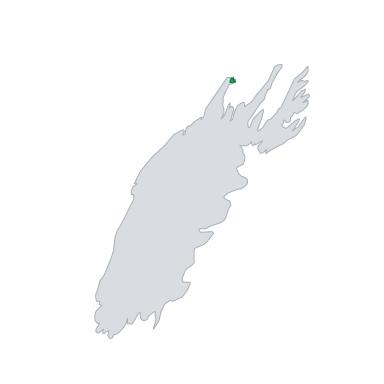 Sandgerðisbær, Suðurnes, Iceland (highlighted), rotated 126°
{"feature_id": "244011B94929237668673", "entity_name": "Sandgerðisbær", "entity_type": "district", "adm_level": 2, "iso_a3": "ISL", "parent_name": "Iceland", "parent_adm1": "Suðurnes", "projection": "equal_earth", "projection_center": [-22.71, 64.01], "detail": "fine", "context": "in_parent", "style": "filled", "palette": "green", "viewbox_px": 384, "rotation_deg": 126, "n_neighbors": 0, "source": "geoboundaries", "source_scale": "gbopen_adm2", "svg_char_len": 4686}
<svg xmlns="http://www.w3.org/2000/svg" viewBox="0 0 384 384"><g transform="rotate(126 192 192)"><path d="M297.3,147.8L300.9,148.0L306.5,146.8L314.6,143.5L318.1,142.7L326.0,142.7L316.6,146.0L313.2,149.5L310.7,151.3L310.8,152.1L317.8,154.2L321.0,153.5L322.5,153.8L323.8,154.8L324.9,156.9L324.5,159.0L322.7,161.1L320.1,162.9L320.5,163.5L322.7,163.8L333.9,162.7L335.4,165.3L336.5,166.2L336.2,167.1L332.0,169.9L337.1,168.1L341.3,167.6L348.5,168.5L351.5,169.5L353.4,171.3L356.9,170.8L358.6,171.8L358.8,172.9L357.4,175.9L353.3,177.4L356.0,179.6L358.2,179.7L358.6,180.2L358.5,181.5L355.3,183.0L360.9,184.7L361.6,185.3L361.5,187.3L360.6,188.4L359.1,189.1L355.2,189.2L352.8,189.9L353.7,191.1L353.2,194.4L350.4,197.2L347.6,198.6L344.9,199.6L337.0,198.5L337.5,200.9L334.8,202.3L335.4,203.5L336.4,204.2L336.0,205.7L332.7,209.0L330.3,210.0L325.3,211.3L318.2,214.3L310.9,214.2L293.0,218.5L286.0,220.8L273.6,227.7L268.3,229.5L259.1,230.4L231.5,235.0L228.5,237.7L228.4,238.3L229.7,239.4L227.7,241.3L223.5,242.7L221.5,242.7L218.0,241.5L217.6,242.1L219.0,243.6L205.5,246.0L186.6,244.7L169.7,241.3L156.5,240.6L147.0,235.9L146.7,235.1L147.7,233.7L151.1,233.1L149.4,231.7L143.8,234.2L142.0,234.1L139.6,233.1L139.5,232.1L134.8,231.7L126.6,228.7L126.0,228.0L127.9,227.1L127.6,226.9L123.1,227.0L116.8,229.8L78.9,230.9L77.6,229.4L76.0,224.0L77.3,221.8L78.9,222.0L83.3,225.0L93.5,223.3L97.6,222.2L101.4,219.3L103.6,218.3L106.6,214.6L109.7,212.4L116.1,211.3L110.4,210.7L100.8,213.6L97.6,213.6L99.1,212.3L102.4,210.9L100.1,210.8L99.3,210.1L99.2,208.8L100.8,206.6L112.0,202.7L109.4,201.9L101.6,204.9L95.9,205.9L91.3,204.6L89.1,202.7L89.2,201.9L91.9,199.6L91.5,199.1L89.6,198.9L84.6,196.8L76.7,197.0L57.2,195.7L42.4,198.7L38.9,197.3L36.0,194.4L36.6,193.2L39.2,192.6L46.4,192.7L57.0,191.3L61.8,189.6L63.7,190.0L64.6,190.8L71.1,189.5L74.6,188.0L80.5,188.8L102.5,188.0L105.3,186.0L106.5,183.7L105.9,183.2L97.9,185.3L96.0,185.3L86.7,184.1L83.3,182.9L84.4,181.8L89.3,179.6L101.9,175.9L103.7,175.1L103.9,174.3L98.9,172.7L89.4,173.1L87.0,171.3L79.1,170.1L73.9,170.8L71.1,169.7L40.2,175.6L30.1,172.9L23.0,172.4L22.4,171.6L26.6,169.0L29.4,168.5L32.3,168.8L37.8,170.6L41.5,171.1L36.8,168.5L36.6,166.0L35.2,165.3L33.7,163.6L34.3,163.1L40.0,163.4L49.0,166.3L53.5,165.8L59.3,164.0L46.3,162.9L42.4,160.6L45.2,159.4L51.9,159.6L44.5,155.6L44.2,154.9L45.4,153.2L54.7,154.7L49.8,152.4L49.7,151.8L51.1,151.4L51.9,150.0L54.2,149.4L58.9,149.9L66.2,152.6L67.2,153.4L67.5,156.1L70.4,155.7L73.8,156.1L76.6,154.2L78.6,154.6L80.1,156.3L79.9,160.0L81.9,158.7L85.3,158.6L85.8,155.6L85.2,153.1L74.1,150.4L69.7,148.4L70.2,147.7L72.4,147.1L84.0,146.6L79.0,145.4L77.8,144.2L69.0,144.6L64.6,144.2L64.5,143.5L66.2,142.6L71.5,140.8L81.7,140.6L85.8,141.1L93.6,145.2L99.9,146.9L110.4,152.5L117.2,154.6L117.5,155.2L116.4,155.8L113.8,156.6L117.8,157.6L120.3,159.0L120.4,159.7L118.3,164.2L115.8,165.7L109.5,164.8L111.0,166.3L115.5,167.9L116.5,168.7L115.9,169.6L118.0,169.3L118.7,169.8L117.7,172.4L116.6,173.3L120.3,173.9L122.9,175.2L126.1,180.5L127.7,176.4L128.6,174.9L130.1,174.4L131.8,170.2L136.0,167.8L139.8,166.9L144.0,169.7L146.8,170.0L149.8,165.0L150.1,161.3L149.1,157.3L149.5,154.4L151.5,152.7L154.1,152.1L159.7,153.8L164.5,157.9L171.6,162.2L176.5,163.3L177.4,163.2L178.2,161.8L177.3,156.0L179.5,153.0L185.2,152.2L193.9,149.4L195.9,149.3L200.2,150.9L208.2,156.7L213.8,159.4L216.9,163.7L218.2,164.5L219.3,163.1L219.4,161.2L212.3,152.4L212.2,151.2L212.8,150.2L224.8,150.7L227.5,151.7L236.1,156.7L240.1,154.6L247.9,148.7L250.7,148.9L257.7,151.3L260.5,151.1L268.4,148.9L270.0,146.2L266.2,140.6L267.6,139.4L275.0,138.0L283.1,138.3L291.8,143.5L292.3,145.9L297.3,147.8Z" fill="#d9dde1" stroke="#a8b0b8" stroke-width="1"/><path d="M80.5,225.1L78.0,222.1L77.6,221.9L77.6,222.0L77.4,222.1L77.2,222.2L77.3,222.3L77.2,222.3L77.1,222.5L77.2,222.8L76.9,223.0L77.0,223.0L76.9,223.1L76.9,223.3L76.7,223.3L76.9,223.3L76.7,223.4L76.7,223.5L76.8,223.5L76.9,223.4L77.0,223.4L77.1,223.5L76.9,223.6L77.0,223.6L77.0,223.8L77.1,224.0L77.0,224.3L77.1,224.5L76.9,224.7L76.7,224.8L76.7,224.7L76.6,224.8L76.4,224.8L76.3,225.0L76.2,225.0L75.9,225.3L75.9,225.5L75.7,225.7L75.8,225.7L75.7,225.7L75.7,225.8L75.8,225.8L76.0,225.8L76.1,226.0L76.3,225.9L76.3,226.0L76.5,226.2L76.5,226.3L76.4,226.3L76.5,226.3L76.8,226.4L76.8,226.5L76.9,226.4L77.0,226.4L77.2,226.5L77.3,226.5L77.2,226.5L77.3,226.5L77.5,226.5L77.8,226.5L78.0,226.6L77.9,226.6L78.0,226.6L78.3,226.6L78.5,226.6L78.8,226.6L79.0,226.5L79.3,226.4L80.7,225.6L80.5,225.1ZM77.8,226.7L77.7,226.6L77.8,226.7L77.8,226.7ZM77.0,226.5L77.0,226.4L76.9,226.4L77.0,226.5L77.0,226.5ZM77.6,226.8L77.6,226.7L77.6,226.8L77.6,226.8ZM77.9,226.8L78.0,226.8L77.9,226.8L77.9,226.8Z" fill="#22c55e" stroke="#15803d" stroke-width="1.5"/></g></svg>